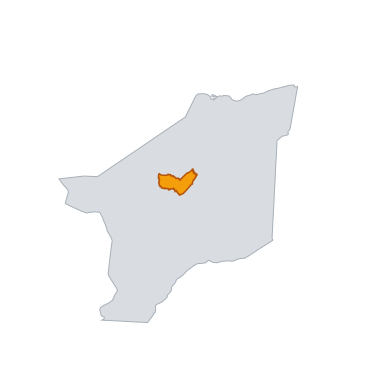 Isiolo South, Eastern, Kenya (highlighted), rotated 236°
{"feature_id": "3690345B50246984625368", "entity_name": "Isiolo South", "entity_type": "district", "adm_level": 2, "iso_a3": "KEN", "parent_name": "Kenya", "parent_adm1": "Eastern", "projection": "equal_earth", "projection_center": [38.678, 0.562], "detail": "fine", "context": "in_parent", "style": "filled", "palette": "amber", "viewbox_px": 384, "rotation_deg": 236, "n_neighbors": 0, "source": "geoboundaries", "source_scale": "gbopen_adm2", "svg_char_len": 7286}
<svg xmlns="http://www.w3.org/2000/svg" viewBox="0 0 384 384"><g transform="rotate(236 192 192)"><path d="M106.9,232.3L106.8,227.4L107.3,214.9L107.3,204.0L107.7,198.5L109.7,195.0L110.7,192.5L111.3,189.0L112.4,186.1L114.8,183.7L115.2,182.4L117.7,178.5L119.2,173.5L120.4,171.8L121.8,170.2L122.8,169.4L124.5,168.6L125.8,168.1L126.0,167.7L126.1,166.9L125.7,163.8L126.2,162.7L127.1,160.7L128.1,158.7L129.1,157.5L129.6,156.2L129.8,154.0L129.9,152.5L129.8,149.9L129.6,144.2L128.5,139.3L127.8,134.0L128.3,132.2L127.5,129.0L127.1,128.8L126.4,128.1L125.5,125.2L124.9,122.4L124.4,121.8L121.6,119.4L120.2,113.8L118.6,112.5L117.7,106.9L117.6,105.4L118.5,99.8L118.4,98.5L117.4,97.4L114.8,96.2L112.6,93.9L112.9,93.1L113.0,92.2L111.9,91.7L108.6,82.2L112.9,76.5L117.2,70.7L122.8,63.4L127.9,56.6L132.3,50.8L136.2,45.6L136.1,46.6L136.1,48.0L136.6,48.8L137.4,49.3L138.5,48.7L139.5,47.9L140.5,47.7L146.3,49.9L147.3,51.8L147.3,53.8L147.5,55.3L147.1,56.7L146.6,61.2L146.7,65.3L148.4,68.3L150.0,70.7L151.3,74.0L152.2,75.0L153.5,75.6L157.5,75.7L163.5,75.9L169.3,76.1L169.8,76.2L171.0,76.7L176.3,81.2L181.2,85.3L185.3,88.9L189.3,92.4L193.2,95.8L196.2,98.6L199.2,99.4L204.0,99.8L207.3,100.0L210.4,101.2L215.0,102.3L218.4,102.8L220.5,103.5L226.2,104.1L227.2,103.7L229.7,100.6L232.5,95.5L233.6,92.8L237.3,90.0L243.7,86.1L248.3,83.4L253.3,80.6L255.6,83.0L258.8,86.8L260.2,88.7L261.3,89.6L263.0,90.1L265.1,90.1L266.3,90.0L268.6,89.5L274.1,89.1L277.2,89.1L274.6,94.2L271.4,100.3L265.6,111.4L261.2,117.3L257.9,121.7L257.6,122.5L257.6,127.5L257.7,139.6L257.7,163.8L257.8,188.1L257.9,212.3L257.9,224.4L257.9,228.5L260.9,233.6L263.7,238.6L267.5,245.2L269.5,248.7L269.8,249.9L269.7,252.2L266.6,257.2L264.1,259.4L260.6,260.5L259.6,260.3L258.3,259.6L257.7,260.8L257.3,262.6L256.6,262.2L256.0,261.7L256.4,264.9L256.7,266.6L256.2,268.8L254.5,270.7L254.4,272.3L250.8,276.5L245.7,277.0L243.0,279.1L241.8,280.8L240.9,284.5L241.2,290.3L239.7,294.7L239.5,296.9L236.8,299.8L235.7,302.5L234.8,305.1L234.0,306.3L233.2,312.3L231.9,316.0L231.6,317.2L231.3,318.3L230.3,320.4L229.7,321.9L229.3,322.9L226.1,332.2L223.7,336.4L221.8,335.9L220.5,337.6L220.4,338.4L219.7,337.9L218.1,336.4L214.9,333.2L211.6,330.0L208.3,326.9L205.1,323.7L201.8,320.5L198.5,317.3L195.2,314.2L192.0,311.0L190.0,309.1L189.2,308.0L188.5,305.8L188.2,305.3L187.3,304.6L186.3,304.4L186.0,304.0L186.0,303.0L186.4,301.4L187.6,298.5L187.7,296.8L187.5,294.9L187.1,291.7L186.8,291.0L184.6,289.4L180.0,286.0L175.5,282.6L170.9,279.1L166.4,275.7L161.8,272.3L157.3,268.9L152.7,265.5L148.2,262.0L143.6,258.6L139.1,255.2L134.5,251.8L130.0,248.4L125.4,244.9L120.9,241.5L116.3,238.1L111.8,234.7L110.1,233.4L108.5,232.3L106.9,232.3ZM258.2,265.5L257.5,265.8L257.9,264.1L260.2,262.0L261.2,262.5L261.3,263.0L261.3,263.4L260.9,263.9L258.2,265.5Z" fill="#d9dde1" stroke="#a8b0b8" stroke-width="1"/><path d="M210.5,198.2L209.1,190.6L208.9,189.9L208.8,189.2L208.7,189.1L208.4,188.9L208.5,188.8L208.8,188.8L209.1,188.8L209.4,188.9L209.5,188.7L209.8,188.7L209.7,188.5L209.8,188.3L210.0,188.5L210.2,188.4L210.4,188.4L210.5,188.6L210.9,188.5L211.1,188.3L211.2,187.9L211.4,187.8L211.4,187.7L211.6,187.5L211.8,187.0L212.0,186.8L212.1,186.6L212.3,186.6L212.7,186.2L212.9,186.2L213.0,186.4L213.4,186.3L213.5,186.3L213.7,186.2L213.8,186.2L214.1,186.0L214.3,185.5L214.4,185.4L214.5,185.5L214.7,185.4L214.9,185.5L215.2,185.6L215.4,185.5L215.9,185.5L216.0,185.4L215.9,185.2L216.0,185.0L216.2,184.9L216.2,184.6L216.3,184.4L216.5,184.1L216.7,183.8L216.8,183.7L217.1,183.8L217.2,184.0L217.4,183.9L217.5,184.0L217.6,183.9L217.8,183.9L217.8,183.7L218.1,183.6L218.5,183.7L218.8,183.4L218.8,183.2L219.2,182.9L219.3,182.8L219.4,182.7L219.5,182.6L219.4,182.6L219.5,182.0L219.9,181.0L220.0,180.6L220.4,180.1L220.7,179.2L221.0,178.8L221.4,178.3L222.4,176.9L223.4,176.0L224.1,175.6L225.5,175.0L225.5,174.8L225.4,174.7L225.3,174.4L224.7,173.9L224.4,173.5L224.2,173.3L224.1,173.2L223.9,173.1L223.7,173.1L223.6,172.9L223.3,172.9L223.1,172.9L223.0,172.7L222.9,172.6L222.8,172.4L222.7,172.5L222.6,172.3L222.1,172.0L221.8,171.9L221.6,172.0L221.6,171.9L221.3,171.7L221.0,171.8L220.8,171.7L220.6,171.7L220.4,171.7L220.2,171.8L220.1,171.7L219.9,171.7L219.7,171.6L219.6,171.4L219.5,171.2L219.5,170.8L219.3,170.8L219.1,170.6L218.9,170.3L218.8,170.0L218.6,169.9L218.3,169.8L218.2,169.6L217.7,169.6L217.5,169.4L217.1,169.4L216.7,169.1L216.5,168.9L216.3,168.9L216.1,168.9L215.9,168.7L215.7,168.7L215.6,168.8L215.5,168.7L215.4,168.8L215.2,168.7L215.0,168.8L214.8,169.1L214.4,169.2L214.2,169.1L214.1,168.9L213.9,169.2L213.7,169.3L213.5,169.2L213.2,169.1L212.7,169.1L212.5,169.3L212.3,169.3L212.1,169.6L212.0,169.4L211.9,169.5L211.7,169.9L211.6,170.0L211.4,170.0L211.2,170.2L211.1,170.3L211.1,170.2L211.1,170.3L210.9,170.5L210.7,170.5L210.5,170.8L210.4,170.9L210.3,171.1L210.2,171.1L210.2,171.6L209.9,171.7L210.0,171.9L209.9,172.0L209.8,172.4L209.7,172.5L209.4,172.6L209.2,172.6L209.0,172.8L209.0,173.0L208.6,173.3L208.4,173.5L208.4,173.9L208.3,174.0L208.2,174.0L207.9,174.1L207.8,174.3L207.8,174.1L207.7,174.3L207.6,174.2L207.5,174.3L207.4,174.1L207.0,174.0L206.9,173.9L206.8,174.0L206.7,174.0L206.5,174.5L206.5,174.8L206.4,174.9L206.4,175.1L206.4,175.4L206.3,175.5L206.4,175.8L206.4,176.1L206.3,176.5L206.0,177.0L205.8,177.1L205.7,177.2L205.6,177.4L205.5,177.6L205.5,177.9L205.5,178.0L205.3,178.1L205.3,178.3L205.3,178.6L205.2,178.6L205.0,178.4L204.9,178.5L204.9,178.3L204.7,178.2L204.5,178.4L204.5,178.5L204.3,178.5L204.2,178.5L203.9,178.6L203.7,178.5L203.4,178.5L203.2,178.6L202.9,178.7L202.7,178.6L202.8,178.8L202.7,179.0L202.4,179.0L202.4,178.9L202.2,178.9L202.1,179.2L202.1,179.5L201.8,179.3L201.6,179.3L201.4,179.4L201.2,179.2L201.1,179.4L201.0,179.6L200.8,179.7L200.5,179.8L200.3,179.6L200.1,179.6L199.9,179.8L199.7,179.7L199.4,179.6L199.2,179.6L198.9,179.5L198.5,179.7L198.4,179.7L198.2,179.6L197.9,179.7L197.6,180.1L197.4,180.2L197.2,180.1L196.9,179.9L196.8,180.0L196.6,180.1L196.4,180.4L196.2,180.3L196.1,180.6L196.1,180.8L196.0,181.1L196.1,181.3L196.1,181.6L196.2,182.0L196.1,182.3L196.0,182.6L195.8,182.9L195.8,183.2L195.7,183.2L195.7,183.4L195.7,183.7L195.7,184.0L196.4,187.3L198.1,193.9L198.1,194.0L198.5,194.2L198.4,196.7L198.6,197.0L198.9,197.1L199.1,197.3L199.2,197.2L199.4,197.5L199.6,197.5L199.8,197.9L199.9,198.1L200.0,198.3L200.3,198.5L200.5,198.7L200.7,198.9L200.9,199.6L200.8,200.0L200.9,200.3L201.1,200.4L201.2,200.6L201.3,200.7L201.3,200.8L201.2,201.2L201.3,201.3L201.6,201.5L201.8,201.7L201.7,201.9L201.7,202.0L202.0,202.4L201.9,202.6L201.9,202.9L202.1,203.1L202.2,203.3L202.4,203.4L202.4,203.6L202.5,203.6L202.8,203.8L202.7,203.9L202.9,204.0L203.0,204.3L203.0,204.7L203.1,204.8L203.1,205.0L203.1,205.3L203.3,205.4L203.3,205.5L203.6,205.7L204.0,205.9L204.1,206.0L204.7,205.7L204.8,205.3L204.8,205.2L205.0,205.3L205.2,205.2L205.5,205.3L205.6,205.1L205.7,204.7L205.9,204.8L205.9,204.4L206.0,204.1L206.3,204.1L206.5,204.0L206.9,204.2L207.1,204.5L207.3,204.3L208.0,205.1L208.3,204.8L208.8,205.1L209.0,205.0L209.0,204.7L209.2,204.9L209.6,205.3L209.9,205.3L210.1,205.5L210.4,205.6L210.5,205.6L210.6,205.3L210.7,205.0L210.5,204.9L210.4,204.8L210.4,204.6L210.3,204.4L210.3,204.0L210.2,203.9L210.2,203.6L210.1,203.4L210.1,203.1L210.0,202.3L209.9,201.6L209.9,201.4L209.9,201.0L210.0,200.6L209.9,200.0L210.0,199.9L210.0,199.2L210.5,198.5L210.5,198.2Z" fill="#f59e0b" stroke="#b45309" stroke-width="1.5"/></g></svg>